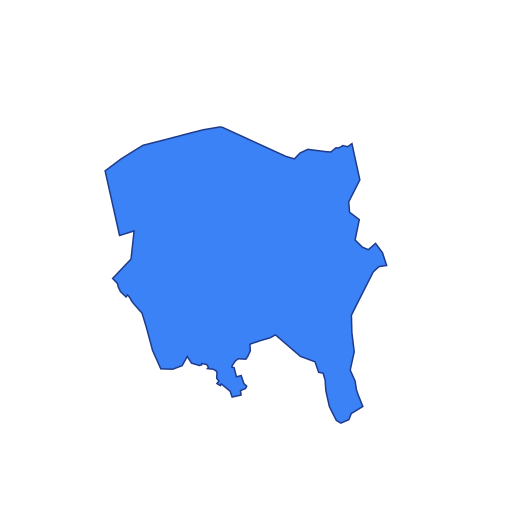 Mubi South, Adamawa, Nigeria (Equal Earth projection), rotated 214°
{"feature_id": "59680162B11164722545286", "entity_name": "Mubi South", "entity_type": "district", "adm_level": 2, "iso_a3": "NGA", "parent_name": "Nigeria", "parent_adm1": "Adamawa", "projection": "equal_earth", "projection_center": [13.272, 10.176], "detail": "fine", "context": "isolated", "style": "filled", "palette": "blue", "viewbox_px": 512, "rotation_deg": 214, "n_neighbors": 0, "source": "geoboundaries", "source_scale": "gbopen_adm2", "svg_char_len": 1664}
<svg xmlns="http://www.w3.org/2000/svg" viewBox="0 0 512 512"><g transform="rotate(214 256 256)"><path d="M239.3,402.8L241.1,397.9L245.9,396.0L246.8,393.5L248.7,391.1L250.2,390.5L252.1,384.1L256.2,381.7L272.7,373.4L277.1,366.0L278.5,358.0L286.9,355.3L304.4,352.4L355.8,343.9L358.2,342.7L370.4,331.1L375.5,325.3L378.7,321.8L399.2,298.5L411.6,284.6L416.8,273.1L422.1,261.2L428.7,242.2L380.6,196.7L371.1,208.6L357.9,183.6L362.3,157.2L355.5,155.7L355.4,155.6L352.6,153.1L348.5,150.7L340.8,149.4L340.8,151.9L338.4,151.3L336.3,150.4L334.2,149.2L330.1,147.9L321.8,145.7L318.5,144.9L306.8,135.4L289.0,119.9L271.8,109.2L261.7,115.6L255.9,123.8L256.8,134.2L249.5,131.1L241.6,133.6L240.2,135.3L240.8,136.6L239.0,137.3L236.3,138.4L235.6,138.2L233.2,137.2L233.2,136.4L233.3,135.5L230.6,136.9L228.2,138.2L226.3,138.4L224.3,138.3L223.1,137.5L221.3,134.4L220.0,132.5L216.8,131.6L217.1,128.4L213.1,128.6L213.1,130.6L206.5,129.9L201.6,129.4L200.2,128.2L196.9,125.7L190.6,132.4L193.6,135.7L190.6,140.2L190.9,142.9L194.8,143.5L201.4,148.6L204.7,144.9L211.7,151.2L213.9,150.4L214.5,152.0L214.4,157.7L213.2,160.9L206.7,164.8L206.7,168.3L207.7,174.2L211.7,179.5L205.6,187.6L198.4,196.3L195.8,201.5L163.1,197.6L147.9,201.3L139.0,194.6L134.9,196.4L129.4,191.9L122.9,183.5L111.1,172.3L105.4,169.0L97.4,164.6L92.2,164.9L87.5,172.3L88.9,178.7L83.3,191.0L93.8,198.1L97.7,201.1L104.0,207.8L114.1,214.1L121.0,231.5L133.6,246.0L143.8,260.3L145.3,271.7L149.9,308.3L148.2,315.8L145.7,318.2L142.4,321.2L152.9,329.4L163.9,333.3L166.4,324.1L172.7,322.8L182.8,324.7L190.7,343.9L202.9,344.6L209.4,352.7L212.0,373.3L212.5,377.2L239.3,402.8Z" fill="#3b82f6" stroke="#1e3a8a" stroke-width="1.5"/></g></svg>